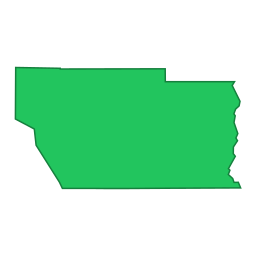 the district of Conejos, Colorado, United States of America
{"feature_id": "52423323B18722561966541", "entity_name": "Conejos", "entity_type": "district", "adm_level": 2, "iso_a3": "USA", "parent_name": "United States of America", "parent_adm1": "Colorado", "projection": "albers", "projection_center": [-106.024, 37.199], "detail": "fine", "context": "isolated", "style": "filled", "palette": "green", "viewbox_px": 256, "rotation_deg": 0, "n_neighbors": 0, "source": "geoboundaries", "source_scale": "gbopen_adm2", "svg_char_len": 595}
<svg xmlns="http://www.w3.org/2000/svg" viewBox="0 0 256 256"><path d="M62.4,188.4L93.7,188.4L105.4,188.5L115.9,188.5L116.2,188.5L127.0,188.5L172.9,188.2L175.0,188.2L175.3,188.2L240.6,187.9L238.3,182.3L234.0,182.4L232.7,178.5L228.3,174.5L229.9,170.2L228.4,168.7L235.3,156.3L233.3,153.7L233.4,147.0L237.5,140.7L235.9,138.0L237.8,133.6L234.0,122.5L235.2,115.8L233.9,113.8L235.6,109.1L239.1,105.9L240.0,101.3L232.2,85.5L234.5,81.7L165.3,81.7L165.2,68.8L60.2,69.0L60.2,68.3L15.7,67.5L15.4,119.0L34.3,129.0L36.1,145.2L59.4,182.1L62.4,188.4Z" fill="#22c55e" stroke="#15803d" stroke-width="1.5"/></svg>